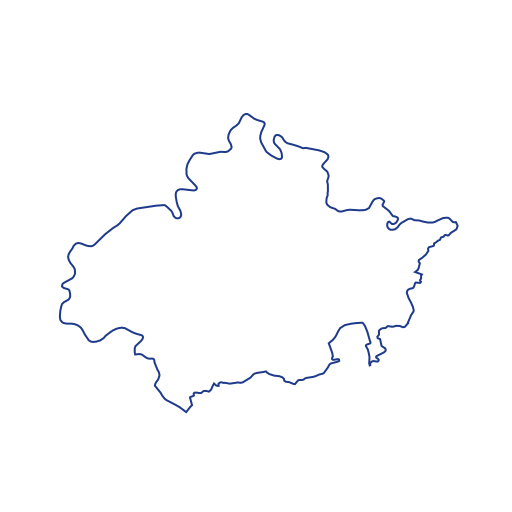 Hiep Hoa, Bắc Giang, Vietnam (orthographic projection), rotated 80°
{"feature_id": "81297802B61782089337393", "entity_name": "Hiep Hoa", "entity_type": "district", "adm_level": 2, "iso_a3": "VNM", "parent_name": "Vietnam", "parent_adm1": "Bắc Giang", "projection": "orthographic", "projection_center": [105.967, 21.33], "detail": "fine", "context": "isolated", "style": "outline", "palette": "blue", "viewbox_px": 512, "rotation_deg": 80, "n_neighbors": 0, "source": "geoboundaries", "source_scale": "gbopen_adm2", "svg_char_len": 6110}
<svg xmlns="http://www.w3.org/2000/svg" viewBox="0 0 512 512"><g transform="rotate(80 256 256)"><path d="M348.6,117.9L348.2,118.1L344.7,115.8L341.0,113.4L338.0,110.5L336.6,110.1L333.5,110.3L329.2,111.3L324.0,113.0L318.5,113.9L316.3,112.9L315.5,111.8L314.9,109.5L315.0,107.5L314.4,106.4L313.3,105.5L310.6,104.2L309.9,103.3L311.0,99.1L310.1,98.0L308.6,98.7L308.1,98.6L306.9,97.3L304.2,96.9L303.0,95.8L299.4,102.1L297.7,99.0L295.9,97.8L291.5,95.9L290.2,96.7L289.4,96.8L288.2,96.2L286.6,92.6L284.2,88.6L280.9,85.4L278.7,85.3L277.4,84.3L276.9,79.3L276.2,78.8L275.0,78.6L274.4,78.1L273.8,76.2L272.6,74.4L272.0,72.0L271.5,71.6L270.2,70.9L269.8,70.3L269.6,68.0L268.2,66.4L268.3,65.4L269.2,63.3L268.8,62.3L267.0,60.0L264.8,54.6L264.2,53.8L262.1,52.6L261.0,52.2L257.3,53.3L257.3,54.8L256.7,56.3L252.7,59.0L251.9,59.9L251.4,61.4L251.1,65.2L252.9,72.2L253.4,73.4L253.7,75.7L253.6,77.0L252.9,80.9L250.9,86.0L249.4,89.0L248.2,93.9L246.4,96.3L246.0,97.5L246.1,100.0L248.7,107.1L249.9,109.0L252.5,111.8L253.8,114.4L253.9,116.7L253.5,118.9L252.7,120.1L251.8,120.8L249.8,121.6L247.2,121.2L245.8,120.4L245.3,119.4L245.4,118.5L247.1,117.5L248.0,116.6L248.4,115.0L248.2,113.9L247.4,112.1L246.1,110.9L244.8,110.0L243.9,109.6L243.2,109.7L242.1,110.6L241.2,112.2L240.6,114.0L240.1,114.5L234.8,117.1L228.8,122.5L227.6,122.5L224.6,120.3L223.8,120.4L221.2,122.7L220.5,124.0L220.2,125.3L220.3,127.7L220.8,129.6L221.5,130.6L222.9,132.0L228.4,136.4L229.4,139.3L229.6,141.2L229.0,146.1L226.7,155.6L226.6,159.1L227.0,163.1L227.0,164.8L226.3,166.9L225.6,167.8L223.4,169.8L220.9,174.3L218.1,176.8L216.3,177.4L215.2,177.4L211.2,176.4L208.7,174.9L206.2,174.5L204.6,173.9L197.9,172.8L194.9,173.0L193.5,172.4L191.1,171.0L189.3,170.5L185.4,171.1L181.7,174.1L179.8,175.2L179.1,175.2L178.5,175.0L177.1,173.8L173.2,168.7L171.0,167.5L169.2,167.4L168.0,168.2L165.6,170.6L162.9,175.6L158.2,188.0L158.0,191.1L155.6,194.8L153.1,199.6L150.4,205.5L148.8,207.2L147.2,208.2L143.5,209.8L142.7,210.5L141.2,212.1L140.4,214.3L140.6,215.7L141.8,217.0L144.6,218.4L147.3,218.6L149.2,217.8L154.5,214.1L155.8,213.6L158.3,213.0L160.1,212.9L163.0,213.2L163.7,213.4L164.7,214.6L164.7,216.3L163.8,218.3L159.8,223.4L155.4,227.5L153.9,228.2L144.9,231.2L140.9,231.5L138.2,230.8L134.9,229.3L128.4,224.8L127.3,224.5L126.1,224.7L125.0,225.8L122.2,231.3L120.6,233.8L115.7,238.5L114.6,240.0L114.4,242.0L115.1,243.9L116.8,245.9L122.3,249.9L124.2,252.8L125.7,256.2L127.3,258.6L128.5,259.8L131.9,262.0L135.1,263.0L137.7,262.7L141.7,261.3L144.6,261.1L145.9,261.8L147.8,264.9L148.2,265.9L148.3,268.1L147.2,273.0L147.5,284.2L144.5,293.3L144.2,295.2L144.5,298.5L145.3,300.2L146.2,301.2L150.6,305.2L153.8,307.6L158.2,309.4L163.3,310.2L164.9,310.1L167.8,309.0L176.1,303.4L177.3,302.7L179.0,302.4L179.8,303.0L180.5,303.9L180.7,305.4L180.4,306.9L177.5,316.7L177.1,319.2L177.5,321.5L178.8,323.2L179.9,323.9L181.6,324.4L183.9,324.7L189.3,324.7L193.4,324.3L198.5,322.6L201.6,322.4L203.0,322.7L204.1,323.3L204.8,324.0L205.4,325.7L205.3,326.8L204.8,328.1L204.2,328.9L202.5,330.1L198.6,330.9L196.8,331.6L192.0,335.2L190.5,336.5L189.9,337.7L189.1,345.6L188.6,364.9L189.5,369.6L194.0,376.9L200.2,384.6L201.7,387.1L203.6,391.9L208.3,400.7L216.5,412.6L217.4,414.4L217.8,416.1L217.3,418.8L216.3,421.2L213.4,425.9L212.4,428.5L212.3,429.2L212.6,431.3L214.2,433.7L216.7,435.5L219.6,438.5L221.6,440.1L223.5,440.9L224.8,441.2L227.2,441.1L230.6,440.0L235.0,437.6L237.1,436.9L238.6,436.8L241.6,437.2L243.0,437.9L244.8,439.3L246.1,441.0L249.2,450.2L250.1,451.5L251.4,452.1L252.3,452.3L252.9,452.0L254.2,450.7L256.0,447.1L257.0,446.0L257.9,445.7L261.6,445.7L263.9,446.1L265.7,447.4L266.4,448.3L268.2,453.3L269.6,455.3L271.7,456.5L275.9,458.2L281.8,459.7L284.9,459.8L287.4,458.5L288.5,457.3L289.7,454.3L290.7,449.0L291.7,446.3L293.3,443.6L296.0,441.0L298.8,439.7L303.8,438.1L310.0,435.3L311.7,433.4L312.3,431.6L312.6,428.3L312.1,424.3L310.5,420.4L308.5,418.0L306.0,413.3L304.5,410.0L303.5,406.4L303.2,403.7L303.3,400.5L304.3,397.6L309.6,391.0L311.8,387.4L314.1,382.5L314.6,381.9L315.2,381.5L316.5,381.3L318.2,382.3L319.9,384.3L323.9,390.4L326.0,391.5L330.1,392.2L332.0,392.1L332.3,387.8L333.2,385.6L337.6,381.2L338.6,379.0L339.0,376.1L339.3,375.2L340.0,374.5L340.7,374.3L343.3,374.4L350.9,372.8L353.4,371.9L356.2,371.7L357.2,371.9L360.6,373.8L363.3,376.6L364.7,377.5L366.2,378.1L374.1,373.7L377.4,372.5L380.6,370.8L382.4,369.2L388.3,361.5L391.6,357.5L397.6,351.9L393.3,347.0L391.8,344.9L383.8,345.6L383.4,344.9L382.9,341.7L382.3,341.3L380.7,341.3L380.0,340.5L379.9,340.1L380.4,337.5L381.1,335.8L381.4,334.0L381.0,333.0L380.0,331.4L379.9,330.2L380.3,328.2L381.4,325.9L379.7,323.3L376.8,321.5L374.3,319.5L376.7,317.6L377.4,315.9L377.4,315.3L375.3,315.1L374.4,313.6L374.3,312.1L375.4,309.9L375.5,308.5L377.2,303.9L377.4,295.8L378.2,293.2L378.2,292.3L378.1,290.9L374.8,282.5L372.4,279.5L371.6,278.0L371.3,275.6L371.5,269.9L371.4,266.3L372.8,265.3L374.5,263.5L377.0,258.8L378.4,253.9L380.0,251.2L381.8,249.8L383.8,249.8L385.0,248.5L385.9,245.4L388.2,241.8L389.0,240.0L385.7,236.0L385.6,235.1L386.1,232.0L386.0,230.7L385.1,229.0L384.8,227.8L385.0,221.0L384.7,218.3L383.7,214.2L383.5,210.9L383.1,209.6L378.7,205.0L375.7,202.5L374.9,201.3L374.2,193.6L373.8,192.3L372.4,192.2L371.8,193.0L371.7,197.7L371.4,198.5L370.7,199.0L369.6,198.8L368.1,197.7L364.4,197.8L354.6,199.5L352.1,195.1L349.8,192.3L348.2,190.9L344.1,187.9L341.6,185.6L339.5,180.5L339.2,174.0L339.4,169.7L340.1,163.1L340.8,162.2L344.0,160.8L350.0,159.5L359.1,158.6L360.7,158.2L361.7,158.5L362.0,159.1L362.4,162.0L362.8,162.9L363.2,163.3L363.7,163.4L367.6,162.1L371.2,161.8L375.3,161.8L381.6,163.2L383.5,163.0L383.4,162.5L381.8,162.3L380.9,161.6L379.9,159.9L379.9,158.4L381.0,155.2L381.0,154.4L380.6,153.7L379.8,153.2L378.5,153.6L377.3,155.0L376.6,155.3L375.9,155.1L375.4,154.3L373.2,146.8L372.0,145.0L370.9,144.5L369.2,144.9L367.5,146.9L366.2,148.0L359.4,148.2L358.1,150.4L356.5,150.5L355.2,148.8L354.3,148.4L351.7,148.1L350.9,147.8L350.0,146.6L349.3,145.0L349.1,144.0L349.4,141.2L349.2,140.5L348.0,138.6L348.0,138.0L349.3,134.3L349.4,132.8L349.1,130.4L349.8,126.7L351.7,123.6L351.6,121.7L348.6,117.9Z" fill="none" stroke="#1e3a8a" stroke-width="2"/></g></svg>